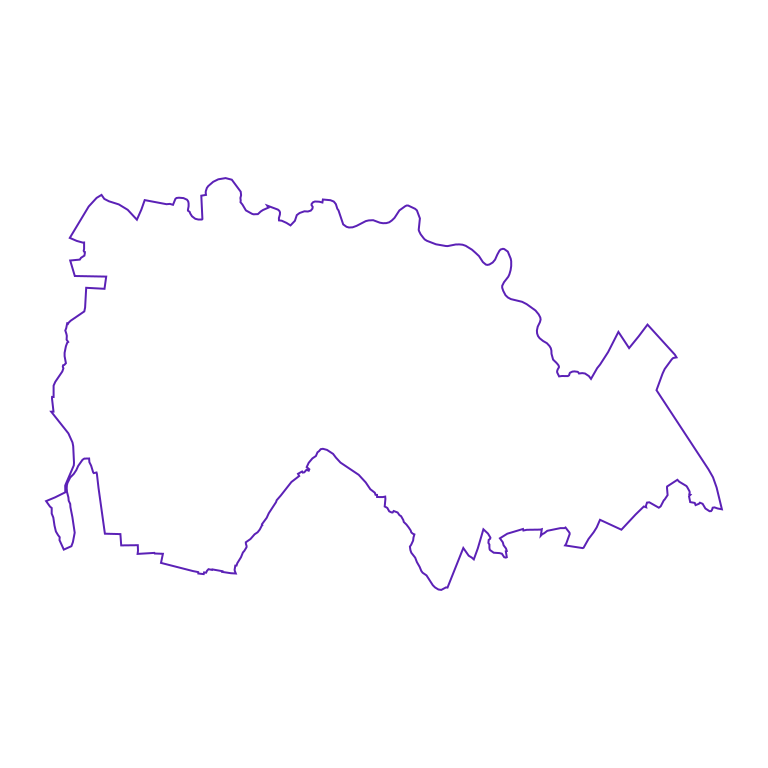 the district of Udesti, Suceava, Romania
{"feature_id": "2599482B53238071469954", "entity_name": "Udesti", "entity_type": "district", "adm_level": 2, "iso_a3": "ROU", "parent_name": "Romania", "parent_adm1": "Suceava", "projection": "orthographic", "projection_center": [26.408, 47.571], "detail": "fine", "context": "isolated", "style": "outline", "palette": "violet", "viewbox_px": 768, "rotation_deg": 0, "n_neighbors": 0, "source": "geoboundaries", "source_scale": "gbopen_adm2", "svg_char_len": 6034}
<svg xmlns="http://www.w3.org/2000/svg" viewBox="0 0 768 768"><path d="M547.3,530.8L560.5,528.1L564.5,528.1L565.5,527.5L569.5,532.7L569.7,534.0L566.2,543.7L565.1,545.4L582.7,548.1L583.6,547.7L588.5,539.0L593.7,532.2L596.7,527.4L600.0,519.8L621.4,529.7L635.6,514.5L643.8,506.5L646.2,507.3L645.9,506.0L647.0,502.6L649.3,502.3L658.8,507.7L660.1,506.8L660.7,506.3L663.8,500.3L664.6,499.6L667.6,495.1L667.0,487.8L667.1,486.5L677.4,479.8L679.2,481.7L686.4,486.0L687.2,487.1L689.5,491.3L689.7,492.4L689.3,494.2L690.5,494.7L689.0,496.2L690.2,502.1L694.7,502.9L695.6,505.1L698.9,503.8L699.9,502.7L702.6,503.8L705.4,508.5L709.5,511.2L711.1,511.1L712.0,509.9L712.7,507.7L714.5,507.4L717.7,508.5L721.9,509.3L716.6,487.5L713.0,477.3L708.5,469.4L656.5,390.2L662.6,373.5L664.7,369.0L671.7,359.4L673.2,358.0L676.5,357.4L674.9,354.7L647.5,324.6L638.7,336.3L629.1,348.1L618.4,331.9L608.1,352.1L600.1,364.5L597.2,368.1L591.0,378.9L588.9,376.1L585.0,373.5L582.2,373.1L579.0,373.5L578.2,372.2L577.5,371.8L574.4,371.4L572.4,371.6L570.1,372.7L569.7,373.2L569.1,375.3L567.8,376.1L561.9,376.0L559.1,376.4L557.2,372.5L557.1,371.2L557.7,369.4L558.9,367.4L558.9,366.3L558.2,364.9L556.6,363.0L553.1,359.6L551.5,353.8L551.4,350.6L550.8,348.2L549.5,346.0L546.9,343.2L543.1,341.0L539.6,338.2L538.0,336.0L537.1,333.4L536.9,330.5L537.7,326.7L539.9,322.2L540.6,319.6L540.3,317.5L538.7,314.4L535.5,310.5L526.6,304.1L522.1,301.8L510.9,299.1L507.9,297.5L505.5,295.2L503.3,291.0L502.2,287.8L502.2,285.8L504.0,282.2L508.3,276.7L509.4,274.3L510.6,270.1L511.2,266.0L511.2,261.2L510.7,258.6L507.8,251.6L504.3,249.1L503.0,248.8L500.6,249.5L499.4,250.8L497.3,254.6L495.1,259.6L492.7,262.5L489.4,264.5L487.4,264.9L485.9,264.6L482.9,262.1L479.0,256.1L475.5,252.8L472.0,249.7L465.7,245.8L462.5,244.7L459.3,244.4L455.6,244.5L447.6,246.1L445.8,246.0L436.0,244.3L426.9,240.8L424.8,239.5L423.7,238.3L420.7,234.4L419.2,231.4L418.7,229.9L419.9,218.4L416.9,210.4L415.1,208.8L408.1,205.5L406.7,205.5L405.2,206.2L399.4,210.4L394.5,217.9L391.8,220.5L389.2,222.3L386.3,223.1L383.0,223.2L379.9,222.7L373.2,220.2L368.8,220.4L365.8,221.1L356.5,225.9L352.6,227.3L349.0,227.5L346.5,226.8L343.2,224.4L338.5,210.4L337.3,208.7L335.9,204.2L334.6,202.5L333.7,201.5L330.4,200.2L322.9,199.5L322.4,202.5L319.2,201.7L315.0,201.5L313.1,202.2L311.7,203.8L311.5,205.0L312.7,206.9L312.4,208.7L310.8,210.6L307.9,211.5L304.4,211.3L299.6,213.0L296.8,215.1L294.9,220.8L290.5,225.4L286.5,222.9L281.7,220.7L279.0,220.4L278.9,218.1L279.9,214.5L280.0,212.3L279.3,210.8L277.9,209.6L267.2,205.6L268.5,207.6L263.0,210.0L260.7,211.5L257.9,214.1L253.5,214.3L252.0,213.8L245.9,210.4L242.4,204.5L240.5,202.2L240.7,200.4L240.4,198.0L241.1,195.2L240.7,191.7L231.8,179.7L225.6,178.1L218.3,179.3L213.2,181.8L208.3,186.0L206.9,187.9L205.8,191.2L205.7,192.9L206.0,194.9L201.3,195.7L202.4,219.0L201.9,219.5L198.2,219.5L195.3,218.8L192.0,216.3L190.3,213.6L189.6,211.8L188.0,210.7L187.9,210.0L188.6,206.3L188.6,203.4L188.2,201.4L187.0,199.7L183.5,198.1L178.9,197.7L176.5,198.0L175.4,198.9L173.0,204.8L169.9,203.9L166.5,204.2L144.7,200.1L141.4,209.5L136.9,219.7L127.7,209.8L118.8,204.4L109.0,201.3L104.3,198.9L101.5,194.9L96.6,197.9L88.7,206.5L69.8,237.9L76.7,240.9L82.8,242.6L84.1,242.5L84.1,248.9L83.7,250.8L84.0,251.6L84.8,251.9L84.9,252.8L84.4,255.6L81.0,257.8L79.8,259.6L70.2,260.5L74.8,276.0L106.2,276.6L104.5,288.8L86.2,287.8L85.1,307.5L84.3,311.4L70.7,320.7L68.6,322.7L68.0,323.8L67.5,323.4L67.4,322.3L66.2,328.2L65.3,330.5L66.4,333.9L66.8,335.8L66.6,339.7L68.2,342.0L67.2,342.8L65.9,346.3L64.6,352.8L64.6,356.2L65.9,363.2L64.3,364.9L63.1,365.3L62.8,366.8L63.4,368.3L62.3,371.5L55.3,381.8L53.6,385.6L53.6,397.0L52.1,396.9L52.0,398.5L53.5,411.6L51.2,411.7L68.4,433.4L72.5,442.5L73.2,446.2L74.0,462.7L73.8,465.4L65.7,484.3L65.2,485.7L65.3,492.3L55.0,497.4L46.1,501.1L50.0,506.6L51.7,508.0L51.7,513.6L53.3,517.5L54.5,525.6L55.9,531.5L58.1,535.2L59.7,537.2L59.5,540.1L63.8,549.6L71.4,546.2L72.9,542.1L74.7,532.7L72.4,517.2L70.4,507.0L70.2,503.9L68.7,500.7L68.4,497.4L67.0,492.0L66.7,488.3L66.9,485.2L67.5,482.9L70.2,477.5L73.7,474.0L76.3,470.1L78.2,465.9L82.5,459.8L84.3,458.6L89.1,458.5L89.4,462.2L91.1,465.6L93.1,472.2L93.7,473.1L96.5,472.5L96.9,473.9L98.5,487.8L104.9,533.7L120.4,534.1L121.2,545.4L137.8,545.2L138.0,550.7L137.6,553.9L154.4,552.9L154.7,553.5L162.9,553.8L161.0,562.9L193.1,571.1L198.2,572.1L198.3,573.5L203.7,574.1L204.1,572.4L206.1,572.7L207.0,570.8L208.5,569.2L212.1,569.9L212.3,569.4L222.4,571.2L222.2,571.9L230.8,573.2L235.8,573.5L234.8,570.9L234.6,569.8L235.3,565.6L236.5,565.6L237.3,563.2L241.0,557.2L242.9,552.5L244.3,550.9L246.5,547.3L246.6,546.1L245.9,543.8L245.8,542.3L250.5,539.0L254.6,534.3L257.6,532.3L259.8,529.5L261.8,525.6L262.3,525.2L261.9,524.3L266.7,517.8L268.8,513.2L276.0,502.2L276.7,500.2L280.8,495.5L291.4,482.0L299.2,476.0L298.0,473.8L302.1,471.5L302.8,472.6L304.3,472.3L306.5,469.8L308.7,470.7L309.3,469.3L306.7,467.1L308.7,462.8L312.4,458.4L315.9,456.0L317.5,452.3L319.0,451.2L320.7,449.2L322.9,448.8L327.0,449.9L333.1,453.9L335.9,457.6L340.5,462.6L358.7,474.8L365.7,482.4L370.3,489.2L374.8,492.7L375.5,494.8L377.0,494.9L377.1,497.0L382.6,497.1L385.2,496.6L385.4,498.9L384.7,506.5L387.3,507.9L389.2,511.3L391.5,512.4L392.6,512.5L393.7,511.0L397.6,512.5L399.5,515.2L401.1,516.2L403.3,520.1L403.8,522.0L406.4,524.5L408.7,527.5L410.7,530.5L411.3,532.4L412.8,533.7L414.4,534.4L413.5,537.5L413.1,540.6L411.1,544.9L409.9,546.6L410.4,550.1L411.3,552.7L415.2,557.7L416.9,562.1L419.6,566.8L421.3,570.9L422.6,572.7L426.5,575.4L432.8,585.2L435.0,587.4L438.4,589.5L441.3,589.9L446.0,587.4L447.5,587.6L463.3,548.0L468.7,555.7L471.8,557.6L473.8,559.4L477.8,548.4L483.4,529.3L488.0,533.6L490.4,537.6L490.2,538.7L488.7,539.9L488.4,542.9L489.4,544.5L489.4,547.8L489.7,549.5L490.1,550.1L493.7,552.7L499.5,553.1L501.9,553.7L504.2,557.2L505.8,557.6L506.8,557.2L505.8,551.3L506.8,551.0L506.0,548.5L503.6,545.3L502.8,542.3L499.9,538.3L507.3,533.7L523.0,529.0L523.4,530.5L526.9,529.8L540.5,529.6L541.8,529.2L540.8,535.7L542.2,534.2L544.2,533.2L547.3,530.8Z" fill="none" stroke="#5b21b6" stroke-width="2"/></svg>